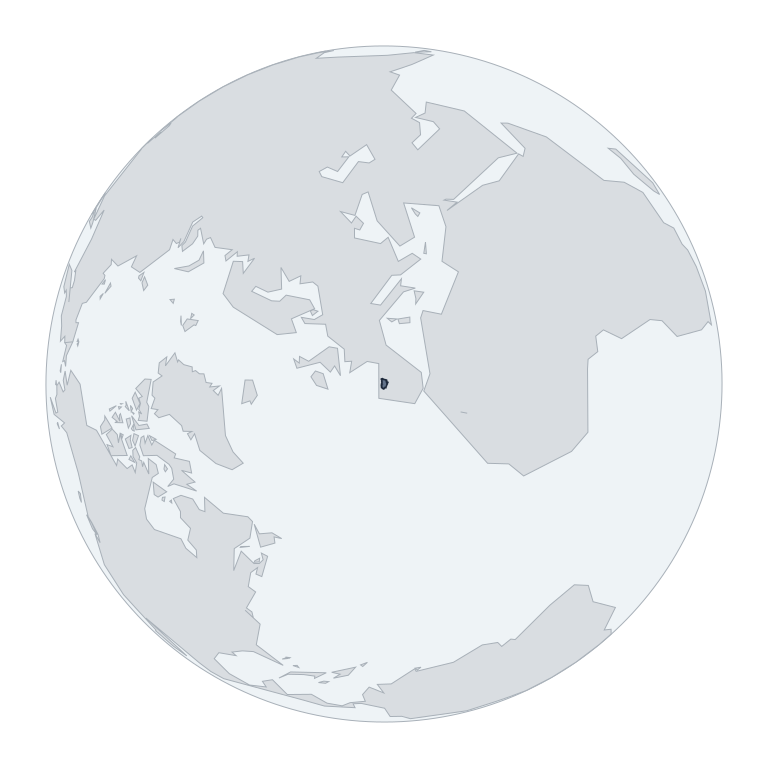 the Earth from above León, rotated 280°
{"feature_id": "ESP-5830", "entity_name": "León", "entity_type": "Autonomous Community", "adm_level": 1, "iso_a3": "ESP", "parent_name": "Spain", "parent_adm1": "", "projection": "orthographic", "projection_center": [-5.923, 42.635], "detail": "fine", "context": "on_globe", "style": "filled", "palette": "slate", "viewbox_px": 768, "rotation_deg": 280, "n_neighbors": 0, "source": "natural_earth", "source_scale": "10m", "svg_char_len": 11724}
<svg xmlns="http://www.w3.org/2000/svg" viewBox="0 0 768 768"><g transform="rotate(280 384 384)"><circle cx="384" cy="384" r="338" fill="#eef3f6" stroke="#a8b0b8"/><path d="M106.8,577.2L97.6,561.6L90.4,548.6L76.6,522.3L59.0,468.2L59.8,459.1L57.6,447.8L64.8,440.9L65.5,417.0L63.7,409.1L60.2,411.7L56.5,381.3L58.7,359.5L66.0,277.3L70.8,263.4L77.3,250.7L112.2,190.1L82.0,237.0L89.4,221.8L101.4,201.9L102.1,202.2L120.2,178.5L131.3,164.1L157.5,140.0L186.5,125.3L178.4,132.0L186.3,128.4L197.0,120.1L202.0,115.7L243.7,98.2L281.0,80.0L286.6,73.5L290.2,76.2L296.8,64.4L313.1,57.6L298.4,66.0L299.7,67.6L312.7,62.9L316.9,63.7L325.5,62.1L329.4,63.7L320.5,69.4L322.8,70.8L331.9,67.5L341.4,67.7L327.8,72.2L343.1,73.2L331.1,84.7L291.6,98.5L288.5,108.9L257.3,134.8L263.8,134.8L256.1,145.7L260.6,150.0L253.6,154.4L263.3,154.2L268.9,149.5L275.1,148.1L278.3,150.4L269.8,156.1L267.0,155.7L266.2,158.7L260.6,160.6L265.1,161.0L254.5,168.0L269.7,164.8L265.1,173.6L256.8,177.3L251.7,172.0L219.7,170.0L209.7,173.6L200.8,183.2L196.3,210.9L187.8,217.4L180.5,229.8L187.9,228.0L196.2,217.9L208.2,218.5L217.0,206.8L223.1,205.7L234.6,196.4L239.1,203.4L237.5,215.6L228.2,223.9L227.2,229.8L241.2,226.9L228.9,248.2L229.6,273.0L225.7,278.4L208.9,278.7L195.9,265.1L174.1,268.4L194.6,272.4L184.6,287.1L185.6,292.4L189.9,295.5L196.2,292.6L194.1,299.3L173.1,297.1L174.6,290.9L181.3,291.4L175.1,285.5L160.9,285.5L156.9,293.7L139.6,287.4L136.6,293.5L131.1,295.9L137.1,286.5L126.0,303.7L105.0,303.5L89.4,333.6L97.8,301.9L96.6,290.9L93.6,280.9L90.8,285.5L90.7,268.0L84.0,264.5L71.9,281.9L64.2,303.9L65.2,320.6L70.1,315.9L73.4,325.5L61.4,342.7L65.8,366.4L59.8,383.3L59.8,398.7L64.3,406.0L68.3,420.7L74.4,416.8L82.9,422.0L79.7,437.5L87.0,429.6L89.9,443.2L108.9,463.7L106.6,465.6L122.0,500.7L144.1,526.1L149.2,540.9L146.0,545.5L154.8,553.2L155.1,557.6L195.0,585.8L219.3,606.3L221.1,620.2L205.9,627.7L204.1,650.7L180.0,643.6L181.9,650.2L177.2,651.1L164.6,641.0L143.5,621.4L124.2,600.1L106.8,577.2ZM84.2,342.0L89.6,377.3L82.0,366.7L84.3,366.6L83.9,355.4L81.5,339.9L76.2,331.6L84.2,342.0ZM96.8,336.4L95.4,331.5L97.4,335.1L96.8,336.4ZM203.6,113.8L196.7,120.0L185.6,127.6L190.8,122.1L203.6,113.8ZM225.5,101.4L223.4,104.0L214.8,106.6L218.6,104.3L225.5,101.4ZM289.7,69.2L283.3,72.2L288.1,69.1L289.7,69.2ZM326.0,61.7L326.5,60.7L330.8,60.4L326.0,61.7ZM231.3,193.3L232.8,194.8L229.9,195.7L231.3,193.3ZM234.7,188.0L230.1,188.0L231.1,185.5L233.9,185.5L234.7,188.0ZM340.7,62.8L347.4,62.9L339.0,63.7L340.7,62.8ZM240.1,188.7L233.4,181.1L235.2,176.9L247.3,173.7L240.1,188.7ZM350.3,63.7L366.8,64.7L369.3,62.4L371.5,70.2L356.8,66.3L346.0,67.4L351.5,65.3L350.3,63.7ZM269.3,147.1L263.5,152.1L265.4,145.9L269.3,147.1ZM269.0,143.5L266.0,127.6L276.2,121.8L275.1,128.0L286.0,119.3L292.4,124.2L287.9,130.1L280.0,132.7L288.5,132.7L269.0,143.5ZM370.1,74.8L372.7,76.2L368.3,75.8L370.1,74.8ZM277.7,147.0L276.2,144.1L284.9,138.8L289.5,143.7L285.2,143.8L277.7,147.0ZM285.6,114.9L292.9,112.1L300.2,115.2L304.0,114.6L293.4,123.8L285.6,114.9ZM284.9,146.2L291.7,146.4L290.5,151.2L279.8,149.6L284.9,146.2ZM285.2,135.4L289.6,133.2L288.7,136.0L285.2,135.4ZM290.0,169.2L288.0,165.3L292.4,162.1L290.0,169.2ZM294.3,146.2L294.6,144.6L296.1,143.0L300.2,144.2L294.3,146.2ZM299.3,125.6L300.8,127.7L304.0,122.0L309.5,124.4L301.5,130.3L307.3,128.8L309.0,129.6L300.5,133.6L299.3,125.6ZM308.9,140.9L300.6,149.9L303.4,157.5L299.5,160.5L295.8,147.7L308.9,140.9ZM304.7,136.2L306.5,139.7L300.8,141.3L296.2,139.9L304.7,136.2ZM316.2,124.2L309.7,118.8L311.7,117.8L316.2,124.2ZM310.8,142.7L312.8,140.5L311.7,143.0L310.8,142.7ZM315.8,129.4L313.2,127.5L315.6,126.4L315.8,129.4ZM318.9,138.0L316.2,140.7L312.9,139.8L318.9,138.0ZM318.3,133.8L322.1,132.7L313.4,137.8L316.8,133.1L318.3,133.8ZM318.4,128.6L318.9,127.3L319.1,129.6L318.4,128.6ZM332.7,140.4L322.4,147.1L315.3,144.8L326.2,138.5L332.7,140.4ZM583.9,111.6L582.3,110.4L585.8,113.3L579.9,109.3L594.1,120.7L586.3,115.7L601.2,127.8L604.2,129.0L594.6,120.3L610.8,133.9L611.1,133.8L630.6,153.0L648.5,173.7L664.6,195.8L678.9,219.1L691.3,243.5L701.7,268.8L698.9,262.0L703.7,276.7L699.9,267.6L693.0,260.8L698.0,282.1L708.3,330.3L715.5,355.9L716.5,375.4L703.4,355.8L692.5,335.8L690.9,345.7L674.7,340.1L656.0,368.6L650.5,364.9L647.6,373.6L635.8,376.7L626.4,369.7L620.5,376.6L644.9,394.5L650.9,387.1L652.0,368.8L658.0,377.4L669.0,376.7L666.8,415.7L634.4,474.9L626.6,457.3L577.9,420.5L576.8,413.0L576.4,412.3L575.5,411.1L575.8,424.3L565.8,415.9L596.8,446.6L604.1,462.2L634.0,476.6L632.3,481.5L640.6,482.0L661.3,454.0L662.4,460.7L655.5,501.0L622.7,565.2L624.4,585.5L617.6,605.7L591.4,631.4L587.9,642.3L573.5,653.3L568.7,659.8L553.9,671.1L531.3,684.4L499.1,696.2L501.7,692.3L492.5,687.3L481.7,664.4L494.6,646.8L493.7,634.8L469.9,610.1L475.4,590.7L467.9,584.2L453.0,588.9L443.8,580.7L434.3,581.8L371.9,593.2L350.2,580.4L317.7,537.5L327.0,520.8L323.9,499.8L384.0,424.4L402.1,427.5L455.5,408.6L463.1,409.7L462.7,428.4L507.4,437.8L514.9,419.8L549.7,417.7L569.1,407.1L565.7,371.9L533.9,388.6L522.6,375.7L543.5,348.9L570.4,335.0L566.9,329.6L545.0,326.1L546.3,311.2L536.9,324.0L544.4,327.4L538.7,335.9L531.5,333.4L532.2,327.9L522.7,329.6L521.7,356.2L529.2,362.6L507.2,376.8L517.6,389.1L513.4,398.5L494.3,381.3L492.4,372.8L461.0,357.0L461.1,366.9L490.7,382.9L483.6,383.3L483.9,398.2L478.1,387.2L445.8,368.4L422.7,379.3L401.9,418.7L386.6,423.3L370.0,417.7L369.0,381.4L403.2,375.3L403.3,363.5L389.2,348.3L400.8,348.2L399.2,341.6L411.4,338.8L421.4,320.3L432.7,316.1L429.8,295.6L435.3,291.0L435.4,304.2L441.6,311.6L468.9,301.9L472.1,296.1L468.1,283.9L476.1,283.3L468.6,272.8L480.9,262.3L459.7,266.7L454.3,253.7L457.9,240.8L452.3,237.6L446.4,258.9L447.4,266.9L454.5,272.2L454.0,296.2L446.1,302.6L432.1,281.5L419.4,288.7L414.1,270.2L433.5,222.2L445.1,209.8L478.7,214.3L480.0,223.5L468.5,226.2L485.4,234.7L481.1,228.7L487.7,228.6L484.3,217.2L488.8,216.6L477.7,207.0L482.9,205.1L489.9,211.2L489.2,193.9L498.1,187.7L495.8,184.1L490.7,182.1L505.5,176.3L503.1,174.0L497.3,174.9L488.8,171.1L479.6,162.5L485.2,160.9L489.3,163.8L506.3,168.1L516.3,176.7L517.7,175.3L510.3,167.5L489.6,162.2L482.4,157.5L492.2,158.7L488.1,157.9L486.3,155.1L489.7,151.1L479.0,149.5L451.5,124.2L455.5,114.9L467.3,118.1L454.0,101.5L459.5,94.0L454.2,94.6L444.3,88.2L442.5,90.3L439.2,90.2L412.8,76.7L411.0,72.9L393.6,69.5L390.9,70.0L391.3,72.5L371.5,70.2L369.3,62.4L375.6,61.4L369.9,57.9L385.1,56.5L395.1,54.4L415.0,56.0L421.2,54.8L418.2,53.7L424.3,51.8L447.2,53.3L441.7,56.9L410.0,59.4L424.1,58.3L424.8,60.3L432.2,61.2L441.8,60.8L440.5,59.6L475.8,70.8L506.7,78.2L495.1,71.6L495.8,69.5L520.7,76.1L572.6,104.0L573.8,104.4L583.9,111.6ZM369.8,464.3L369.7,471.0L369.8,464.3ZM603.7,336.1L616.7,325.3L602.6,310.9L606.5,305.8L600.3,303.0L601.6,309.9L585.2,301.4L587.8,290.5L582.0,283.3L577.4,286.7L575.1,308.4L598.6,320.2L599.1,331.0L603.7,336.1ZM109.6,464.1L111.5,469.6L108.1,466.4L109.6,464.1ZM78.6,371.3L80.9,376.3L81.3,381.2L79.1,378.4L78.6,371.3ZM103.3,409.7L107.0,416.0L102.1,412.1L103.3,409.7ZM91.0,382.5L100.2,405.2L91.0,399.4L85.5,385.3L90.6,391.2L91.0,382.5ZM90.9,343.2L91.8,347.3L90.0,349.3L90.9,343.2ZM98.2,339.1L97.4,338.2L98.0,334.4L98.2,339.1ZM185.9,287.1L187.5,287.5L190.8,291.8L187.1,292.0L185.9,287.1ZM218.0,299.5L214.0,310.1L214.3,302.3L208.4,304.2L201.9,290.8L223.4,280.5L214.8,287.3L218.0,299.5ZM199.1,271.2L200.8,280.1L198.1,270.8L199.1,271.2ZM378.4,310.8L384.9,314.2L383.6,322.3L369.2,329.7L370.9,317.8L378.4,310.8ZM394.3,317.3L384.4,295.5L393.0,290.7L389.9,296.9L396.5,296.0L393.3,305.9L411.1,323.5L411.1,332.0L384.6,339.7L393.2,332.2L386.4,329.1L394.3,317.3ZM344.1,254.9L339.9,247.3L363.8,246.5L365.0,253.9L350.8,261.2L341.0,256.8L344.1,254.9ZM262.8,185.5L259.6,183.9L262.0,182.1L266.5,182.0L262.8,185.5ZM288.7,167.7L278.9,191.0L274.8,190.2L274.0,205.8L262.9,210.0L263.8,199.6L254.6,214.9L251.0,207.2L246.0,218.1L249.2,194.5L245.5,188.8L253.8,193.4L264.1,189.6L267.5,186.3L274.3,172.8L271.6,159.5L281.4,154.2L289.1,154.1L291.2,156.5L284.2,159.0L292.1,160.4L283.6,165.9L288.7,167.7ZM373.0,165.4L363.9,165.6L378.4,172.7L369.9,176.9L372.1,177.5L368.3,183.5L367.5,192.1L362.8,193.1L364.5,196.1L362.0,200.4L362.7,204.9L354.6,208.5L354.8,214.5L350.8,212.9L353.5,222.3L347.9,217.0L344.1,222.6L351.5,224.8L305.7,236.8L290.9,247.1L281.6,259.1L273.2,249.3L276.5,232.3L286.6,214.2L302.1,206.1L295.5,203.5L300.9,199.1L303.9,203.0L302.6,194.4L307.9,191.9L316.8,178.0L311.7,168.1L314.9,163.1L319.5,165.8L319.4,159.0L330.3,160.8L332.7,157.5L345.9,156.3L353.4,164.0L355.6,159.7L365.8,159.0L373.0,165.4ZM336.5,140.3L347.4,147.7L348.1,153.9L324.8,153.5L321.0,156.3L306.2,157.1L305.5,148.3L309.8,148.8L313.8,147.3L312.4,150.6L316.5,146.9L322.6,147.6L327.5,145.0L329.7,148.1L336.5,140.3ZM468.3,401.3L473.6,400.6L481.0,397.5L481.3,407.2L468.3,401.3ZM446.1,388.7L450.4,386.4L454.4,397.8L448.9,398.9L446.1,388.7ZM449.3,375.8L450.3,385.4L446.5,380.9L449.3,375.8ZM439.0,301.6L443.1,298.8L444.9,301.4L444.2,306.3L439.0,301.6ZM414.2,190.0L408.9,188.5L409.2,186.6L401.1,178.9L406.7,175.6L413.9,178.9L414.2,190.0ZM562.3,380.4L558.7,389.6L554.9,388.2L556.9,385.3L562.3,380.4ZM519.6,400.5L531.0,400.2L519.6,403.1L519.6,400.5ZM419.0,185.1L414.9,182.2L420.2,182.4L419.0,185.1ZM410.4,172.8L416.1,172.2L406.5,174.3L410.4,172.8ZM655.6,571.5L628.8,613.7L618.5,622.5L621.0,616.0L633.9,593.6L647.3,578.0L655.1,563.9L655.6,571.5ZM716.2,357.0L719.5,365.6L719.4,373.0L716.2,357.0ZM461.3,157.5L466.4,171.4L473.8,180.3L483.8,183.1L471.9,185.6L460.5,171.8L461.3,157.5ZM452.2,128.2L443.4,126.6L445.6,123.9L447.9,123.9L452.2,128.2ZM448.0,129.6L440.3,134.2L434.3,131.1L441.6,128.1L448.0,129.6ZM430.0,158.6L431.1,162.8L426.8,162.4L430.0,158.6ZM524.0,76.4L509.8,70.8L500.2,66.7L501.1,67.0L516.7,73.2L517.4,73.5L520.0,74.7L524.0,76.4ZM503.1,68.2L507.2,70.1L492.2,69.2L486.6,68.2L493.0,65.6L497.2,67.5L502.5,68.7L503.1,68.2ZM375.1,74.9L372.9,76.0L372.6,74.4L375.1,74.9ZM438.4,91.6L433.8,91.2L433.5,89.0L438.4,91.6ZM421.0,89.2L424.5,91.9L418.5,89.7L421.0,89.2ZM432.9,98.2L424.8,93.3L435.9,97.1L432.9,98.2Z" fill="#d9dde1" stroke="#a8b0b8" stroke-width="1"/><path d="M388.4,380.4L388.5,380.4L388.6,380.5L388.7,381.0L388.8,381.3L389.0,381.3L389.1,381.5L389.0,381.8L388.9,381.9L388.8,382.0L388.8,382.3L388.6,382.4L388.6,382.5L388.4,382.6L388.4,383.1L388.3,383.3L388.5,383.5L388.4,383.8L388.5,384.0L388.4,384.5L388.5,384.5L388.4,385.4L388.4,385.5L388.1,385.5L388.3,385.7L388.2,386.0L387.9,386.0L387.7,386.1L387.6,385.9L387.5,386.0L387.4,386.1L387.2,386.2L386.9,386.3L386.8,386.5L386.7,386.5L386.5,386.4L386.4,386.5L386.4,386.9L386.3,387.2L386.4,387.5L386.2,387.6L385.8,387.2L385.7,387.2L385.6,387.4L385.3,387.2L385.2,387.0L385.2,386.9L385.1,387.0L384.8,387.1L384.7,386.9L384.4,387.0L384.2,387.0L384.2,386.9L383.9,386.9L383.9,387.0L383.5,386.8L382.8,386.9L382.7,386.9L382.4,386.7L382.2,386.6L381.8,386.5L381.5,386.6L381.4,386.6L381.2,386.5L380.8,386.5L380.6,386.5L380.6,386.4L380.2,386.2L380.3,386.2L380.4,385.9L380.5,385.7L380.4,385.7L380.2,385.5L380.0,385.3L380.1,385.2L380.1,384.9L379.8,384.8L379.7,384.7L379.5,384.8L379.4,384.8L379.2,384.8L379.0,384.7L379.1,384.3L379.1,384.2L379.3,383.9L379.2,383.8L379.2,383.7L379.3,383.5L379.4,383.4L379.5,383.3L379.8,383.1L380.0,382.9L379.9,382.6L380.0,382.5L380.0,382.4L380.3,382.4L380.3,382.5L380.4,382.4L380.5,382.4L380.9,382.3L381.0,382.3L381.3,382.3L381.5,382.3L381.7,382.1L381.8,382.1L381.7,382.0L381.6,381.9L381.8,381.9L381.9,381.7L382.0,381.6L382.3,381.6L382.6,381.7L382.7,381.8L382.7,381.7L382.8,381.6L383.0,381.7L383.3,381.6L383.5,381.5L383.8,381.5L384.0,381.8L384.3,382.0L384.5,382.0L384.7,381.9L384.7,381.7L384.8,381.7L385.0,381.6L385.3,381.6L385.5,381.7L385.8,381.7L386.2,381.5L386.3,381.5L386.3,381.3L386.7,381.3L387.1,381.3L387.3,381.2L387.5,381.2L387.6,380.9L387.8,380.7L388.1,380.6L388.4,380.4L388.4,380.4ZM386.6,386.3L386.7,386.2L386.6,386.3L386.6,386.3Z" fill="#64748b" stroke="#1e293b" stroke-width="1.5"/></g></svg>